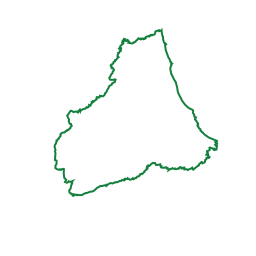 the district of Batang, Jawa Tengah, Indonesia, rotated 53°
{"feature_id": "22746128B4894534477686", "entity_name": "Batang", "entity_type": "district", "adm_level": 2, "iso_a3": "IDN", "parent_name": "Indonesia", "parent_adm1": "Jawa Tengah", "projection": "equal_earth", "projection_center": [109.867, -7.032], "detail": "fine", "context": "isolated", "style": "outline", "palette": "green", "viewbox_px": 256, "rotation_deg": 53, "n_neighbors": 0, "source": "geoboundaries", "source_scale": "gbopen_adm2", "svg_char_len": 5736}
<svg xmlns="http://www.w3.org/2000/svg" viewBox="0 0 256 256"><g transform="rotate(53 128 128)"><path d="M148.0,213.3L149.3,212.5L149.4,211.7L149.1,210.7L149.5,210.1L150.5,209.7L151.0,208.8L151.8,209.5L150.9,208.6L151.7,208.0L153.9,205.0L153.9,203.2L154.6,200.7L155.0,200.4L156.3,196.1L157.0,195.3L157.6,193.4L157.2,188.2L157.6,187.0L157.6,185.1L159.0,183.2L159.2,182.2L159.7,181.2L160.5,180.6L160.3,180.0L161.2,180.1L161.0,178.1L161.2,176.0L161.9,174.5L163.0,173.8L163.3,172.2L163.7,171.5L163.6,170.8L165.1,168.8L165.0,167.9L165.3,166.5L166.2,165.1L165.9,164.1L166.8,163.2L166.7,160.8L167.0,160.6L167.5,161.2L167.5,160.3L168.0,159.4L167.9,158.7L168.6,158.8L169.1,157.9L170.1,157.8L170.8,157.1L171.1,155.9L171.0,154.6L171.6,154.8L172.2,154.5L172.0,153.6L172.4,153.2L172.4,152.1L172.8,151.7L172.4,150.3L172.6,149.2L173.1,148.6L172.8,147.6L173.0,147.1L172.2,146.0L172.8,145.4L172.8,144.5L173.2,144.3L173.3,144.0L172.9,141.8L173.0,141.3L172.4,140.9L172.3,138.3L171.6,137.5L172.2,137.0L171.9,136.6L171.5,136.8L170.6,136.4L170.2,135.7L170.8,135.4L170.1,134.3L171.0,134.0L171.1,133.0L170.7,130.9L170.9,130.4L170.7,129.4L170.9,128.9L171.6,128.5L172.2,127.5L174.3,127.9L175.3,126.7L175.4,126.0L176.1,125.1L176.4,124.1L177.5,124.7L178.5,124.3L178.7,125.2L179.3,125.3L180.2,124.8L181.1,123.6L182.3,121.3L182.7,121.6L183.4,121.5L183.7,121.3L183.8,120.5L184.7,120.8L185.5,120.1L186.1,120.9L186.2,118.8L186.7,118.2L186.8,116.7L187.4,116.6L188.3,115.8L188.5,114.9L189.3,115.0L189.8,114.5L190.4,112.6L191.1,112.1L191.1,111.7L190.5,110.9L190.6,109.8L191.3,109.4L192.5,109.7L192.9,109.3L192.7,108.2L193.5,106.8L194.9,108.0L195.5,107.3L196.2,105.9L197.6,105.5L197.7,104.1L198.2,102.8L198.3,100.6L200.2,101.1L200.6,100.9L200.3,99.4L200.4,98.7L200.3,95.1L200.5,93.9L199.8,93.4L199.6,92.0L199.8,91.3L199.4,90.4L199.5,89.6L200.9,89.7L200.8,89.0L201.3,88.6L201.6,87.6L201.1,86.6L200.0,85.6L200.1,84.2L199.1,83.3L199.3,82.6L200.4,81.7L200.6,80.7L200.1,80.3L198.7,80.9L197.8,80.2L196.5,81.5L196.3,81.0L196.5,79.5L195.4,79.1L194.5,79.4L194.1,78.9L194.1,78.4L194.7,76.7L194.6,75.8L192.8,74.8L193.0,74.2L195.6,72.6L196.4,71.5L197.1,71.4L197.2,72.5L197.5,72.4L198.4,70.3L196.0,67.9L196.0,68.5L195.0,68.2L193.9,68.5L193.7,66.3L192.9,66.8L191.7,66.8L191.7,66.5L192.5,65.6L191.9,64.7L184.0,69.3L178.9,70.9L176.6,71.0L175.9,71.5L174.8,71.3L174.1,71.7L173.3,71.5L172.7,70.9L170.9,71.5L169.5,71.0L168.8,71.4L167.9,71.0L167.7,70.2L167.2,70.3L167.0,69.7L166.4,69.3L166.2,69.5L162.5,69.1L161.6,69.4L160.7,68.7L160.7,67.9L160.5,67.6L160.3,68.0L160.0,67.8L159.1,68.1L157.9,67.8L157.4,67.1L155.0,67.1L153.6,65.7L152.7,65.4L148.2,67.6L143.6,68.4L139.2,68.4L130.5,66.9L127.8,65.8L125.8,64.6L120.2,62.3L116.8,62.0L110.7,60.8L106.1,58.6L104.2,56.4L104.1,55.6L103.3,55.0L103.2,54.5L102.9,54.8L102.5,54.3L102.2,54.5L101.4,53.9L100.8,54.3L98.0,53.4L96.1,53.3L88.6,51.0L84.0,48.5L84.1,47.2L82.9,47.2L82.9,47.6L82.1,47.8L80.6,47.5L78.1,46.5L76.3,45.2L75.9,45.3L72.8,44.0L70.2,42.4L70.4,43.1L69.8,43.7L69.4,44.8L68.7,44.3L68.4,44.8L67.4,47.9L69.1,50.0L69.2,50.6L68.4,53.2L68.2,53.4L67.8,53.1L67.5,53.7L67.7,54.5L67.4,54.6L67.5,55.0L67.1,55.9L67.4,56.1L66.8,56.5L66.5,57.9L66.1,58.3L66.2,59.8L67.0,60.0L66.8,61.3L66.2,61.8L66.2,62.2L65.6,62.2L65.5,62.8L65.2,62.8L65.1,64.0L64.7,63.9L64.6,64.4L64.0,64.5L63.9,65.2L62.7,65.6L62.7,66.3L63.2,67.4L63.1,68.8L63.6,70.1L63.3,71.1L63.4,71.5L63.0,72.1L63.3,72.6L62.9,73.9L60.2,76.4L59.8,75.2L57.5,75.3L57.3,75.4L57.5,75.8L57.4,76.7L56.4,76.6L57.5,77.0L57.3,77.3L56.2,77.4L55.4,76.8L54.4,77.5L54.6,78.3L55.9,78.7L55.2,79.9L55.7,80.6L56.0,80.8L56.5,79.9L57.5,80.7L57.2,81.2L56.8,81.2L56.8,81.6L57.8,81.9L57.8,84.2L58.5,85.9L59.3,86.3L59.2,87.3L59.5,87.3L59.8,86.7L59.7,85.8L59.9,85.5L60.6,85.8L60.9,86.7L61.4,86.7L61.5,87.7L62.1,87.7L62.0,88.9L62.4,89.7L62.1,90.7L62.9,90.9L63.4,92.2L64.3,93.2L65.8,92.9L65.8,94.6L66.5,96.3L66.0,97.6L66.9,98.2L66.6,99.9L67.4,100.6L67.6,101.8L67.3,103.3L67.6,104.2L68.5,104.4L68.8,104.1L69.3,104.6L69.8,104.4L70.5,105.0L71.3,104.0L73.2,104.2L73.6,104.9L73.6,106.1L74.5,107.0L75.0,108.2L75.1,109.3L76.4,111.6L76.6,112.7L78.2,113.3L78.9,113.0L80.8,110.6L81.0,109.6L81.9,108.8L83.4,111.0L83.1,111.5L82.9,113.8L82.9,114.2L83.6,114.8L83.2,117.4L83.7,118.7L84.2,119.2L85.2,121.9L85.7,122.6L86.4,124.1L86.5,125.6L87.1,126.0L87.6,127.2L87.6,128.9L86.7,129.6L86.4,130.8L85.7,130.7L85.3,131.1L86.2,132.6L86.1,133.2L84.7,134.0L84.6,134.3L85.3,135.4L86.2,135.7L86.1,139.0L85.5,139.8L86.4,140.0L86.4,140.3L86.1,140.9L85.5,141.0L85.4,141.4L86.2,141.6L86.5,142.2L86.7,143.3L87.5,144.5L86.4,145.2L87.2,145.6L87.0,146.4L87.3,146.5L87.5,147.3L87.2,148.4L86.4,148.7L86.9,150.5L86.0,152.1L85.7,154.2L85.3,154.5L85.7,155.3L84.9,154.8L84.3,155.1L84.6,156.2L84.5,156.8L85.4,157.0L85.2,157.7L85.4,158.3L85.0,158.2L84.6,159.0L84.2,159.0L83.3,159.9L82.5,162.0L81.6,162.1L79.8,163.2L79.9,164.2L81.0,167.1L81.6,169.2L85.7,170.0L86.9,171.2L89.0,171.9L89.7,171.9L90.6,171.1L91.7,171.6L92.5,171.7L92.7,173.5L93.5,174.2L93.3,175.3L93.7,176.7L93.2,177.3L93.5,177.4L93.5,178.0L93.0,179.9L93.4,180.4L93.4,181.1L92.1,183.7L92.1,184.6L92.7,186.1L93.1,186.0L93.8,186.7L94.5,189.4L95.0,190.0L94.7,190.8L95.2,191.9L95.0,192.4L95.6,192.5L95.6,193.2L97.1,194.9L97.3,196.2L98.7,197.9L101.2,198.8L102.3,199.5L102.7,200.4L104.5,201.1L109.6,205.6L111.1,204.7L111.6,205.1L113.6,206.6L114.5,208.7L116.3,210.1L118.2,209.5L119.7,208.4L120.0,207.2L120.7,207.2L121.2,206.5L121.1,205.6L121.9,204.0L122.3,203.9L125.2,206.4L129.4,208.9L132.1,208.5L133.2,210.8L135.0,209.7L135.2,208.7L134.8,207.5L135.8,207.0L136.7,205.6L137.0,204.4L137.2,205.1L137.8,205.5L138.0,206.0L138.5,205.8L139.9,208.2L141.8,210.3L142.5,212.6L144.4,213.6L145.9,212.9L146.6,213.1L147.3,212.5L147.5,211.9L148.9,210.8L149.0,212.0L148.0,213.3Z" fill="none" stroke="#15803d" stroke-width="2"/></g></svg>